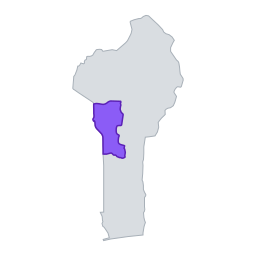 Benin, with Donga highlighted
{"feature_id": "BEN-2182", "entity_name": "Donga", "entity_type": "Department", "adm_level": 1, "iso_a3": "BEN", "parent_name": "Benin", "parent_adm1": "", "projection": "orthographic", "projection_center": [1.891, 9.258], "detail": "fine", "context": "in_parent", "style": "filled", "palette": "violet", "viewbox_px": 256, "rotation_deg": 0, "n_neighbors": 0, "source": "natural_earth", "source_scale": "10m", "svg_char_len": 3619}
<svg xmlns="http://www.w3.org/2000/svg" viewBox="0 0 256 256"><path d="M103.6,240.6L103.2,239.4L109.3,237.8L108.0,233.0L104.2,227.3L102.8,226.3L102.0,223.5L102.9,221.6L102.5,220.4L102.2,216.5L100.3,212.3L103.7,212.1L103.7,198.6L103.7,185.5L103.7,174.4L103.7,165.6L103.1,155.1L103.0,147.4L102.9,137.2L101.7,134.0L96.5,128.6L95.2,125.8L94.9,122.1L93.8,118.2L93.7,111.6L93.6,103.8L93.2,102.5L87.7,98.8L79.8,93.6L73.9,89.5L73.4,89.3L72.8,88.3L73.8,76.4L75.0,74.9L76.9,70.0L77.8,66.1L78.7,66.1L79.9,64.9L80.9,63.0L81.9,63.4L83.7,63.8L84.5,63.1L84.3,61.7L84.9,60.2L86.3,59.5L86.6,58.2L86.7,56.7L87.8,56.3L89.8,56.4L91.5,55.9L92.8,55.1L94.5,52.1L95.5,51.0L95.8,50.3L96.7,49.6L99.4,49.3L101.6,49.5L102.9,51.3L112.2,49.7L116.6,50.6L125.5,42.9L127.5,40.7L130.3,35.2L131.2,33.2L132.0,29.4L130.2,22.5L130.3,21.3L134.0,19.8L138.6,18.6L140.4,18.5L141.6,18.0L143.3,16.5L146.0,15.4L147.6,15.7L148.6,15.9L158.3,25.0L162.6,29.6L163.7,32.0L165.9,33.7L169.1,34.7L172.1,37.0L174.3,40.3L172.9,42.7L170.6,47.6L170.6,51.4L176.0,59.3L176.6,60.1L178.1,61.4L178.8,62.8L179.5,66.8L179.9,71.2L180.3,74.2L183.0,78.4L183.2,80.1L181.4,86.3L180.9,87.0L180.5,87.2L177.7,86.7L176.5,87.4L174.9,89.5L174.0,91.6L174.0,92.5L176.5,96.4L174.9,102.1L173.3,105.7L170.5,107.7L167.9,108.2L166.1,109.2L165.0,110.4L165.2,114.5L161.4,118.2L159.3,120.8L158.2,122.4L158.7,127.2L157.4,132.0L155.0,135.9L149.7,136.7L145.3,137.2L143.8,146.9L143.8,153.1L143.5,159.4L142.7,161.9L143.0,165.5L142.7,173.7L142.1,180.1L142.9,181.8L143.4,185.6L143.4,189.5L144.5,192.2L145.8,194.6L145.7,195.8L145.1,196.6L144.5,197.6L144.5,206.8L144.8,209.5L144.4,211.3L143.5,212.7L143.9,217.4L144.6,220.4L145.4,222.5L144.7,224.4L144.0,226.8L143.0,232.9L143.0,235.0L127.7,236.6L110.7,239.0L103.6,240.6Z" fill="#d9dde1" stroke="#a8b0b8" stroke-width="1"/><path d="M93.9,121.3L93.4,120.8L93.0,119.9L92.9,119.2L93.1,118.7L93.7,117.7L93.9,117.2L94.0,116.9L94.0,116.1L94.0,115.8L94.1,115.3L93.8,113.6L93.8,110.8L93.7,106.8L93.7,104.1L94.1,103.9L96.2,103.5L97.7,103.6L99.4,103.8L101.0,104.1L103.2,104.4L105.1,104.0L106.6,103.2L107.8,102.2L109.0,101.5L110.4,101.0L120.6,101.3L120.9,102.0L120.8,102.4L120.4,103.0L120.8,104.8L120.8,105.5L120.5,106.5L120.2,108.5L120.2,109.1L120.2,109.6L120.9,111.6L121.0,111.8L121.4,112.5L122.2,113.3L122.8,113.8L123.1,114.5L123.1,115.0L121.7,124.4L121.6,124.9L121.4,125.1L121.2,125.3L120.9,125.5L120.7,125.5L119.2,125.5L118.3,125.6L117.7,125.7L117.5,125.8L117.3,125.9L116.9,126.2L116.4,127.7L116.2,129.0L116.2,131.1L116.3,132.2L116.5,133.0L116.7,133.5L117.0,133.8L117.2,134.0L117.4,134.2L117.6,134.4L118.7,134.9L118.8,135.0L119.1,135.4L119.1,135.7L119.1,135.9L119.1,136.1L118.8,136.9L118.5,137.7L118.4,139.0L118.3,139.4L118.2,141.2L118.3,141.8L118.4,142.5L118.5,142.9L118.7,143.1L118.9,143.4L119.1,143.7L119.4,143.9L119.8,144.1L120.5,144.5L124.1,145.5L124.3,145.6L124.6,145.9L124.3,147.2L124.1,148.3L124.4,148.7L124.7,149.2L125.3,152.5L124.8,155.6L125.0,156.5L125.0,157.1L124.4,157.5L124.1,157.7L123.7,157.9L123.1,158.1L122.2,158.2L121.8,158.1L120.8,157.7L120.4,157.6L119.5,157.6L119.3,157.6L119.1,157.5L118.7,157.2L117.5,156.8L117.1,156.6L116.8,156.4L116.6,156.1L116.0,155.4L115.9,155.3L115.7,155.2L115.4,155.1L114.3,155.1L114.0,155.1L113.8,155.0L113.6,155.0L113.5,154.9L113.3,154.8L112.3,153.7L112.1,153.5L111.8,153.3L111.4,153.1L111.2,153.1L110.7,153.1L110.1,153.2L107.0,154.0L106.6,154.1L106.4,154.1L105.7,154.1L103.8,154.1L103.1,154.0L103.1,149.1L103.0,145.7L103.0,141.8L102.9,137.2L102.7,136.2L102.4,135.3L101.7,134.0L99.5,131.6L96.6,128.6L96.4,128.3L95.7,127.2L95.2,125.8L94.9,122.1L94.5,121.0L93.9,121.3Z" fill="#8b5cf6" stroke="#5b21b6" stroke-width="1.5"/></svg>